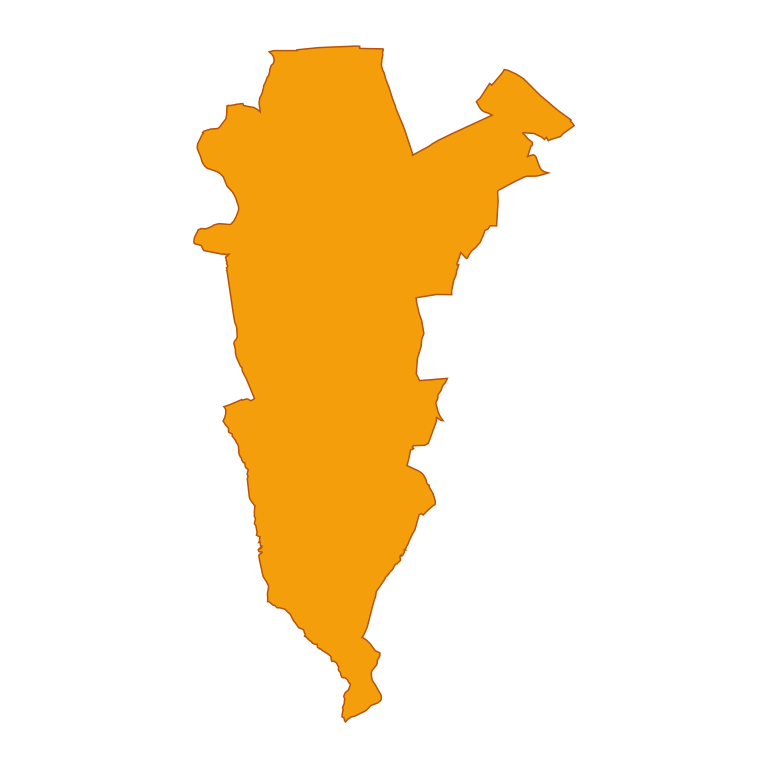 Buciumi, Bacau, Romania
{"feature_id": "2599482B95030367373704", "entity_name": "Buciumi", "entity_type": "district", "adm_level": 2, "iso_a3": "ROU", "parent_name": "Romania", "parent_adm1": "Bacau", "projection": "orthographic", "projection_center": [26.788, 46.194], "detail": "fine", "context": "isolated", "style": "filled", "palette": "amber", "viewbox_px": 768, "rotation_deg": 0, "n_neighbors": 0, "source": "geoboundaries", "source_scale": "gbopen_adm2", "svg_char_len": 6082}
<svg xmlns="http://www.w3.org/2000/svg" viewBox="0 0 768 768"><path d="M345.5,721.9L347.9,719.2L351.5,716.8L354.0,716.4L356.2,715.5L365.2,711.0L366.9,709.7L371.1,705.4L377.4,703.1L380.7,700.5L381.2,699.3L381.4,696.3L380.9,694.8L375.0,684.4L373.3,682.1L372.3,680.1L371.8,678.2L371.4,675.3L371.4,672.4L371.9,670.8L376.7,664.8L377.2,663.3L377.4,660.3L379.4,656.8L379.9,655.1L379.9,652.9L375.2,650.7L370.4,644.0L366.4,640.0L363.1,637.8L362.0,637.4L363.9,634.8L367.3,626.9L373.4,602.9L375.6,596.2L376.2,592.0L376.6,591.1L384.5,579.6L386.1,576.5L387.2,575.8L390.1,571.9L392.8,569.2L394.6,565.5L395.7,564.1L397.0,563.9L400.5,560.3L400.4,559.8L400.6,558.9L400.0,558.3L399.9,557.7L400.4,556.9L399.9,556.0L400.3,555.7L401.5,556.0L401.8,555.8L401.4,555.2L402.9,555.1L403.3,553.7L404.6,552.0L404.1,549.7L405.8,550.0L405.4,548.9L405.9,548.4L406.2,547.1L408.1,543.8L408.8,541.7L411.8,535.3L415.0,529.5L419.1,514.7L421.2,513.6L423.2,515.0L427.2,510.9L432.6,506.0L435.0,504.6L435.2,503.8L435.2,500.8L432.9,493.3L429.9,488.3L429.4,487.3L429.2,485.2L427.6,484.4L426.9,483.4L425.9,479.4L423.8,475.5L422.3,473.6L418.7,471.0L407.0,465.6L408.8,458.8L410.6,449.8L412.3,449.5L413.6,448.6L412.5,447.6L412.8,446.4L413.5,445.7L424.7,445.3L428.3,443.4L436.3,421.5L436.6,417.5L440.8,420.3L443.2,420.7L440.5,417.1L438.3,412.5L435.7,402.9L437.7,398.9L438.0,394.7L440.9,390.7L442.7,385.6L445.3,382.7L447.4,378.4L419.6,380.6L416.3,374.0L417.4,358.4L421.2,346.2L421.6,339.5L423.9,333.5L421.7,320.7L419.2,313.7L416.4,301.4L416.2,297.7L437.0,294.4L451.7,294.7L451.6,291.1L453.8,280.0L455.7,275.9L456.4,272.8L456.7,270.5L457.8,267.9L458.7,264.6L457.2,264.9L456.9,263.7L459.1,258.1L460.7,252.4L466.4,258.5L467.5,258.0L468.7,255.4L471.4,251.1L475.5,247.7L480.3,242.1L483.5,234.8L485.0,230.3L487.8,229.3L490.1,225.8L496.6,225.9L498.1,201.0L497.6,191.8L498.1,190.5L515.6,181.1L524.0,177.1L526.9,176.2L535.9,176.1L539.0,175.6L548.4,172.9L544.3,171.7L541.9,170.3L540.9,169.2L539.4,166.4L535.9,156.9L534.7,155.4L533.3,154.9L531.8,155.0L527.6,156.6L530.8,146.6L532.3,145.0L532.5,143.0L532.3,142.3L528.2,139.1L524.5,134.7L522.9,133.5L523.0,132.7L534.1,133.5L541.6,137.1L544.5,139.5L546.5,137.4L548.3,140.7L550.7,139.5L560.6,136.5L563.1,133.7L574.2,125.6L571.9,122.5L570.5,121.4L571.2,120.1L557.7,110.2L539.9,95.1L523.4,78.6L515.8,73.9L507.9,70.3L504.3,69.5L503.3,71.4L500.5,75.0L491.8,85.2L489.7,83.4L480.5,97.6L476.3,101.7L480.4,108.7L481.9,110.3L484.1,111.8L488.7,113.3L492.1,115.2L452.2,133.6L438.6,140.2L432.2,143.9L429.1,146.2L412.5,155.2L412.4,153.3L405.3,131.7L403.3,126.1L395.6,107.8L395.7,106.9L392.7,99.2L389.1,87.7L385.8,79.3L384.0,72.6L382.9,70.6L381.5,66.0L381.3,63.4L381.7,62.3L381.8,59.8L382.8,54.9L382.5,52.4L383.3,50.3L383.0,48.9L359.7,48.4L359.7,46.2L355.7,46.1L318.8,47.6L297.0,49.8L297.0,50.6L273.7,50.6L269.1,51.8L271.9,54.4L273.2,56.2L274.1,59.6L274.0,61.7L273.2,63.7L271.2,65.4L269.8,69.4L269.5,72.2L268.5,75.7L267.2,77.2L265.9,81.1L263.8,85.5L263.5,86.8L263.6,87.7L262.9,89.7L262.3,92.7L261.7,93.7L261.2,95.4L259.8,97.7L259.1,102.3L259.3,105.6L259.8,107.5L260.2,111.9L258.4,110.2L254.2,107.6L243.8,105.6L242.8,103.5L236.4,104.3L236.5,104.5L228.7,105.7L228.6,105.4L227.0,105.7L226.7,113.5L226.2,117.7L225.6,119.2L221.6,124.4L219.5,127.2L217.7,128.5L210.5,129.1L204.1,131.1L202.6,132.5L203.4,133.2L202.2,134.5L197.6,143.9L197.2,147.3L197.5,149.2L200.7,156.9L201.9,161.3L202.8,163.2L204.7,166.0L207.1,168.2L216.7,171.5L219.9,173.4L223.3,176.8L227.0,186.1L231.9,191.3L234.1,194.6L235.8,198.2L238.5,206.5L238.7,208.6L238.3,210.9L236.1,216.7L234.0,220.7L231.0,224.1L229.9,224.5L219.9,223.7L217.8,223.9L213.9,225.0L211.7,226.5L206.3,228.7L204.6,228.9L201.2,228.5L198.3,229.8L194.4,237.6L193.8,242.1L194.4,243.6L200.9,245.4L201.6,246.2L203.0,249.4L204.0,250.6L222.9,254.3L223.3,253.8L225.8,254.6L228.9,254.2L227.3,255.9L226.4,256.3L226.3,256.7L225.6,257.0L225.5,257.4L226.3,259.6L226.2,260.8L226.9,261.8L227.0,262.9L226.6,263.3L226.6,263.9L227.5,265.1L227.5,266.8L226.4,268.0L227.1,269.6L227.0,270.2L226.6,270.6L227.0,271.0L233.7,316.3L234.8,322.5L236.3,326.2L236.7,328.0L237.2,336.2L236.9,337.8L236.2,339.3L234.5,341.2L233.8,343.5L235.4,349.3L235.5,353.0L236.5,357.4L240.6,366.6L241.9,367.4L242.3,371.1L246.2,378.5L254.5,398.6L251.0,400.8L248.2,399.3L246.6,398.9L242.0,400.2L241.7,399.6L229.0,405.0L223.8,406.7L224.7,407.6L225.8,409.8L225.7,413.6L224.8,417.4L223.1,421.0L225.5,424.9L228.5,428.1L228.5,431.8L229.1,432.6L231.8,433.7L232.2,434.3L232.3,436.3L233.5,437.6L235.7,440.7L236.5,442.6L237.4,443.9L238.3,445.7L238.8,450.3L238.6,452.4L239.1,453.1L239.2,454.5L240.4,457.0L241.2,457.6L241.7,459.9L243.3,462.4L244.0,462.9L244.7,462.8L245.2,466.1L245.7,467.6L247.8,469.2L248.2,469.8L247.1,474.2L248.0,476.0L247.9,477.1L247.3,478.6L247.4,479.8L249.3,497.0L249.9,498.9L251.8,501.9L254.9,505.9L254.3,512.5L254.5,514.8L254.2,515.9L255.3,518.5L255.4,519.4L254.4,523.2L254.5,523.9L255.8,525.5L257.1,532.4L256.4,535.2L260.1,537.1L259.5,538.6L259.6,540.5L258.7,542.5L260.1,542.2L260.4,545.3L261.0,546.4L261.7,546.0L262.2,546.9L260.3,547.6L260.9,548.6L258.9,548.9L258.2,549.6L258.5,550.7L259.3,551.8L262.0,552.0L261.9,552.7L261.5,553.1L259.6,554.3L258.8,555.3L259.4,559.6L263.1,576.5L266.8,582.3L268.4,585.5L268.5,587.4L267.4,594.0L267.7,597.7L267.6,601.7L269.0,601.6L272.7,604.9L275.0,605.6L277.1,607.8L279.7,607.8L284.9,609.2L287.3,611.7L290.2,614.2L293.6,620.9L295.1,622.5L297.7,626.4L298.9,627.8L302.8,629.3L303.7,630.3L304.3,632.5L305.0,633.7L305.3,635.1L304.5,636.1L304.9,636.5L305.8,636.7L309.5,640.5L311.5,641.6L311.8,642.6L312.5,643.3L314.6,644.1L317.4,644.4L317.3,646.9L317.6,647.3L319.6,648.8L320.8,649.0L322.4,650.6L327.1,653.4L330.2,655.8L330.9,656.6L331.4,660.5L331.8,661.3L334.4,661.4L336.6,663.1L337.8,665.7L338.5,666.5L338.7,667.3L338.3,668.4L338.6,670.5L340.4,672.5L340.9,675.1L342.1,677.6L344.5,677.7L346.1,678.5L347.4,679.8L348.9,682.8L350.4,684.2L350.2,685.3L348.5,689.8L345.2,692.7L343.9,695.7L343.8,696.7L344.9,699.4L344.5,700.0L344.2,703.6L342.5,707.6L343.1,709.8L342.0,715.1L342.0,716.5L342.3,717.1L344.0,717.9L344.6,720.8L345.5,721.9Z" fill="#f59e0b" stroke="#b45309" stroke-width="1.5"/></svg>